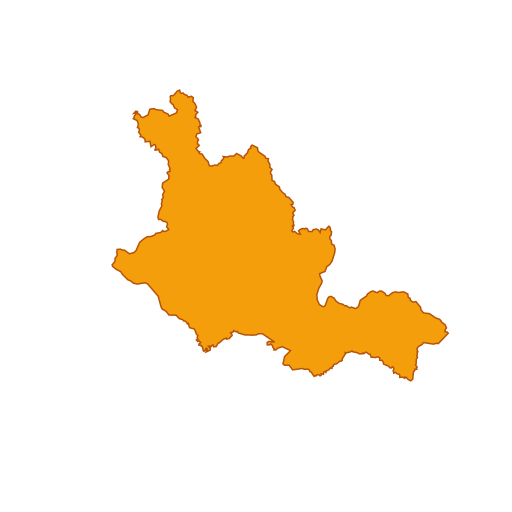 Guiratinga, Mato Grosso, Brazil (Mercator projection), rotated 60°
{"feature_id": "56859067B65545118773628", "entity_name": "Guiratinga", "entity_type": "district", "adm_level": 2, "iso_a3": "BRA", "parent_name": "Brazil", "parent_adm1": "Mato Grosso", "projection": "mercator", "projection_center": [-53.603, -16.377], "detail": "fine", "context": "isolated", "style": "filled", "palette": "amber", "viewbox_px": 512, "rotation_deg": 60, "n_neighbors": 0, "source": "geoboundaries", "source_scale": "gbopen_adm2", "svg_char_len": 6116}
<svg xmlns="http://www.w3.org/2000/svg" viewBox="0 0 512 512"><g transform="rotate(60 256 256)"><path d="M311.6,342.0L312.2,341.1L311.3,337.7L313.6,338.0L314.5,335.7L312.4,332.2L312.9,331.3L311.8,326.4L312.2,322.8L313.2,323.1L314.1,320.7L312.9,316.4L311.2,316.0L309.9,316.5L310.3,313.6L309.5,312.5L311.7,311.3L312.0,309.9L313.8,309.8L318.7,305.2L323.0,298.2L324.5,295.0L324.5,292.9L326.4,289.4L339.9,282.9L336.3,287.7L336.6,289.7L338.7,290.7L339.8,288.4L339.6,287.1L341.9,286.6L343.8,287.1L345.5,286.6L346.2,287.5L347.3,285.8L346.7,283.4L347.6,278.7L355.2,273.4L357.4,281.5L362.9,286.6L364.7,286.0L367.2,281.9L372.9,281.2L376.5,272.3L378.2,270.9L379.8,267.9L381.0,266.8L383.2,267.1L384.3,266.2L389.3,265.9L389.1,264.6L389.9,264.1L389.4,262.3L390.2,261.0L391.8,260.5L391.9,259.3L390.5,258.3L392.2,256.7L390.3,255.3L390.6,253.7L391.7,253.6L390.7,252.3L391.0,249.8L390.1,247.8L391.3,246.5L389.8,245.2L390.1,244.2L389.1,243.5L388.9,242.3L389.7,240.3L389.0,236.1L389.7,234.7L389.4,233.3L388.2,232.8L385.4,227.4L384.2,227.0L385.1,226.1L386.3,221.9L386.2,220.3L387.2,220.2L390.4,216.6L392.4,215.5L393.9,212.6L393.5,211.8L394.5,211.4L394.2,208.7L397.3,207.4L398.2,206.3L401.1,206.9L403.8,203.1L404.0,201.2L405.9,199.8L408.2,201.0L409.4,199.0L411.9,198.9L413.3,199.6L417.6,196.3L419.8,195.9L420.6,194.9L420.2,193.4L420.7,192.7L422.7,193.0L423.9,194.6L426.4,195.3L426.3,193.5L428.7,192.6L430.1,191.2L431.1,191.1L433.0,192.2L434.1,189.7L436.3,188.3L435.3,187.5L436.1,186.6L439.1,186.0L441.5,184.4L441.1,182.0L435.1,177.5L434.6,175.8L433.4,175.3L434.5,173.4L433.1,173.0L432.8,172.0L430.2,172.4L429.7,171.4L425.7,168.9L424.4,166.7L423.0,166.8L422.3,165.8L419.7,164.5L419.9,163.7L416.9,163.1L415.6,160.7L415.7,156.3L414.7,154.3L421.0,146.4L422.0,143.1L423.0,141.9L419.0,128.1L417.7,128.3L416.0,130.2L414.4,129.0L413.5,127.0L410.0,126.6L405.7,128.5L404.4,128.1L402.3,128.9L399.4,131.4L392.6,134.6L389.4,139.0L387.7,139.7L384.9,140.0L382.7,139.1L375.4,140.3L374.5,143.0L372.6,144.1L371.0,144.3L369.8,143.7L367.7,144.8L364.8,143.5L360.9,146.0L358.8,151.0L356.9,153.0L356.0,156.0L356.7,161.0L355.3,163.0L352.7,163.0L349.1,164.8L348.1,166.8L348.4,169.5L344.7,172.2L344.3,174.8L344.7,178.6L345.9,180.2L346.5,187.9L350.6,192.0L351.3,193.7L351.3,196.1L347.9,199.0L347.7,200.9L344.2,202.7L343.5,204.0L341.2,205.0L338.6,207.7L335.3,209.2L331.4,209.5L328.4,211.3L327.9,213.5L328.7,215.2L333.6,220.9L333.7,222.6L332.9,223.7L329.6,225.4L324.6,224.9L319.9,222.7L315.4,217.8L312.6,213.1L310.6,211.1L305.0,210.6L303.1,209.6L303.9,203.9L300.7,200.2L300.2,196.3L298.4,192.6L292.4,186.1L289.5,184.0L285.8,183.0L283.4,184.5L280.4,183.1L277.9,183.4L276.0,182.4L275.5,180.4L272.7,178.4L270.9,178.8L269.8,177.9L267.3,177.6L266.6,178.1L268.1,182.9L265.0,186.0L267.7,188.7L264.7,188.9L262.8,190.2L261.8,193.4L262.9,195.2L261.0,198.2L258.4,197.9L256.9,198.8L256.9,200.5L256.0,201.0L255.2,203.0L255.2,205.4L255.6,206.6L259.2,206.7L257.7,208.8L253.8,210.4L253.8,211.9L252.6,212.4L251.7,212.0L250.8,209.8L248.3,209.5L249.0,208.5L248.2,207.6L247.2,207.9L245.3,206.4L242.4,206.1L241.9,205.2L240.6,204.8L239.7,202.7L237.1,202.8L236.0,199.2L233.0,198.8L232.2,199.8L229.0,199.9L229.6,198.2L228.1,197.0L221.7,198.3L219.7,200.3L217.0,200.0L214.3,201.3L210.2,202.0L207.7,201.2L203.7,203.2L200.8,202.7L198.6,204.3L193.8,201.9L191.6,202.1L190.5,201.4L189.0,198.8L186.1,199.7L183.5,198.1L179.8,198.2L178.0,196.6L176.2,198.7L174.1,198.4L167.3,201.6L165.6,201.7L163.0,200.6L158.0,203.9L158.2,205.0L158.8,206.1L159.8,206.4L160.1,209.3L162.4,211.8L163.6,216.3L165.2,217.4L164.5,218.4L161.8,218.8L157.5,221.6L158.4,225.1L156.3,228.9L155.7,231.8L153.5,234.6L154.7,234.5L156.2,237.3L155.9,238.1L157.7,239.6L157.3,241.9L158.2,244.0L156.6,246.4L155.9,249.5L154.4,251.3L150.2,250.3L146.1,251.5L140.8,251.7L139.4,253.4L137.8,253.6L137.7,252.7L136.3,253.7L132.9,254.2L132.0,250.1L130.8,249.9L129.7,250.7L127.3,249.2L126.9,247.9L125.8,247.7L122.3,248.4L120.7,246.0L121.6,242.3L115.5,241.1L115.5,240.0L116.4,239.2L115.5,238.3L114.8,239.0L113.0,238.1L108.6,237.5L105.5,239.5L105.0,238.3L103.5,237.7L102.4,234.5L99.5,236.1L97.5,233.1L93.6,232.7L90.5,233.3L87.5,231.1L85.2,232.3L84.6,235.4L82.3,235.4L80.4,237.2L78.4,237.6L77.9,239.1L76.8,239.9L74.2,239.2L73.8,241.7L75.8,247.2L74.6,249.6L75.0,250.6L77.7,251.7L79.2,253.2L82.0,252.9L83.2,252.1L87.1,252.5L90.0,250.8L92.3,253.3L91.4,261.3L89.1,261.2L85.4,263.9L83.2,264.1L79.4,269.3L77.5,270.5L76.1,273.5L75.8,274.6L79.8,278.9L79.6,284.7L77.8,286.1L75.2,286.0L73.9,287.3L71.7,286.4L70.5,287.7L71.4,290.4L72.1,288.1L73.0,288.8L73.9,291.4L75.5,292.7L75.8,293.6L79.3,291.2L83.2,292.0L85.5,294.5L87.0,293.4L88.6,294.0L90.2,295.8L93.7,295.2L94.7,296.7L96.2,294.8L99.3,293.7L101.7,294.9L103.7,290.5L108.8,292.3L108.5,288.5L109.1,287.7L111.9,288.3L113.6,290.5L114.4,289.6L114.8,286.9L117.7,287.6L120.3,286.3L123.3,286.9L125.6,284.6L129.9,284.1L133.0,286.3L137.3,286.7L137.9,287.7L139.2,287.7L139.8,288.4L139.1,289.6L139.2,291.1L139.9,291.5L142.7,291.1L145.8,293.2L146.2,300.4L149.7,303.0L154.1,302.8L156.3,306.3L159.0,307.0L160.0,309.5L161.5,309.7L163.7,312.0L165.4,312.2L168.6,317.3L173.3,321.5L175.7,322.1L176.6,320.2L179.5,319.1L181.0,317.1L182.9,316.4L184.0,316.6L186.1,318.8L189.4,318.3L189.5,322.0L188.4,323.8L187.3,324.0L188.0,326.7L186.3,331.5L187.2,333.1L186.6,337.2L184.9,340.6L185.0,344.1L186.0,349.9L191.4,357.3L192.0,359.8L190.8,364.5L185.0,367.1L184.5,368.3L182.3,370.0L180.9,373.0L183.4,374.8L186.1,375.8L187.5,379.2L190.2,380.8L191.7,385.0L193.2,385.4L197.6,383.8L201.9,381.0L205.3,380.8L212.5,378.9L214.7,377.1L218.2,375.8L221.0,372.7L223.6,365.7L225.7,363.9L241.8,360.8L252.8,363.7L255.3,363.7L258.9,361.5L263.6,360.9L267.3,354.8L272.0,353.7L274.4,351.4L276.3,351.0L276.6,350.2L278.3,349.3L280.5,349.4L280.6,348.3L284.8,349.4L288.5,345.8L294.2,346.7L295.7,346.0L297.4,347.9L299.0,347.8L298.9,349.6L300.9,349.2L300.9,347.8L303.2,347.2L303.7,349.4L304.7,350.0L305.7,348.3L306.7,348.5L307.6,347.8L311.6,349.0L312.6,348.7L312.1,346.5L311.0,345.8L311.2,344.8L312.5,344.9L314.2,347.2L314.6,342.8L313.7,342.0L311.6,342.0ZM311.6,342.0L310.3,342.2L310.9,341.2L311.6,342.0Z" fill="#f59e0b" stroke="#b45309" stroke-width="1.5"/></g></svg>